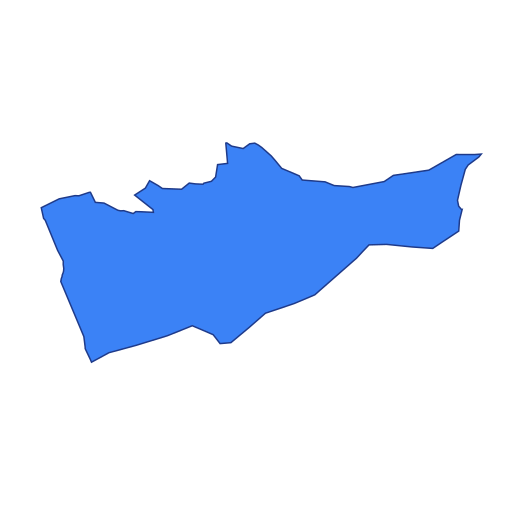 outline of Saki West, Oyo, Nigeria, rotated 184°
{"feature_id": "59680162B14133510851755", "entity_name": "Saki West", "entity_type": "district", "adm_level": 2, "iso_a3": "NGA", "parent_name": "Nigeria", "parent_adm1": "Oyo", "projection": "mercator", "projection_center": [3.175, 8.647], "detail": "fine", "context": "isolated", "style": "filled", "palette": "blue", "viewbox_px": 512, "rotation_deg": 184, "n_neighbors": 0, "source": "geoboundaries", "source_scale": "gbopen_adm2", "svg_char_len": 1495}
<svg xmlns="http://www.w3.org/2000/svg" viewBox="0 0 512 512"><g transform="rotate(184 256 256)"><path d="M55.5,295.0L55.5,305.9L53.6,316.7L54.0,316.5L57.3,319.8L58.9,325.6L56.5,340.9L53.4,356.4L53.4,356.8L50.7,361.6L40.6,370.3L38.4,373.4L44.7,372.5L63.4,371.2L89.6,353.7L124.6,346.0L133.3,339.2L164.1,331.1L167.7,331.8L182.9,331.7L192.3,334.8L215.2,335.0L218.5,339.0L236.5,345.2L244.0,353.1L247.8,356.9L257.9,364.7L261.5,366.9L265.1,368.5L270.1,367.5L276.3,362.3L288.0,363.9L293.0,366.8L294.0,366.5L290.8,346.4L300.7,344.5L301.8,331.9L305.7,327.4L313.1,325.0L313.9,323.9L321.5,323.7L327.7,324.1L334.9,317.4L354.1,316.8L358.5,319.4L367.4,323.7L371.1,316.0L376.8,311.7L381.3,308.3L377.5,305.7L362.0,295.1L361.4,292.4L374.5,292.1L379.0,291.9L381.3,289.9L381.5,289.8L391.1,292.0L394.2,291.6L397.0,292.0L411.3,298.2L420.0,298.3L425.6,308.0L426.7,307.9L436.9,303.7L440.8,303.6L456.3,299.3L473.6,289.2L470.5,278.7L468.7,276.9L454.3,247.8L447.9,237.5L447.7,234.0L446.9,230.2L446.9,227.6L447.2,225.9L448.0,223.4L448.0,222.1L448.6,220.1L448.8,218.7L448.7,218.2L449.0,217.4L448.9,216.8L422.1,163.6L420.1,153.4L419.9,151.6L413.9,141.0L412.7,138.6L411.1,139.6L395.9,149.3L369.4,158.5L340.1,169.8L338.8,170.3L314.7,182.0L293.2,174.5L285.7,166.1L275.0,167.8L257.6,184.5L242.6,199.6L214.5,211.3L194.6,221.4L189.7,226.4L158.6,257.8L155.6,260.8L149.9,267.9L144.0,275.0L126.6,276.7L101.0,275.9L85.2,275.9L80.5,275.9L80.2,275.9L71.1,283.0L55.5,295.0Z" fill="#3b82f6" stroke="#1e3a8a" stroke-width="1.5"/></g></svg>